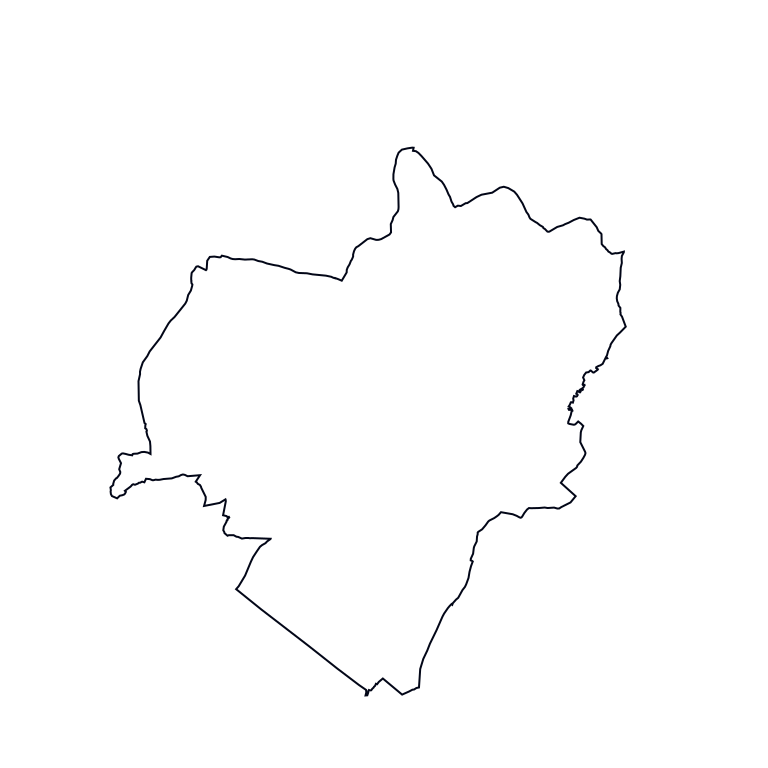 Rosiori, Bacau, Romania (Robinson projection), rotated 308°
{"feature_id": "2599482B59078130680921", "entity_name": "Rosiori", "entity_type": "district", "adm_level": 2, "iso_a3": "ROU", "parent_name": "Romania", "parent_adm1": "Bacau", "projection": "robinson", "projection_center": [27.105, 46.732], "detail": "fine", "context": "isolated", "style": "outline", "palette": "ink", "viewbox_px": 768, "rotation_deg": 308, "n_neighbors": 0, "source": "geoboundaries", "source_scale": "gbopen_adm2", "svg_char_len": 6166}
<svg xmlns="http://www.w3.org/2000/svg" viewBox="0 0 768 768"><g transform="rotate(308 384 384)"><path d="M636.0,491.5L631.4,488.1L630.1,486.7L629.7,485.9L627.1,483.8L626.7,483.0L626.8,481.0L626.5,479.3L627.0,477.8L627.1,475.8L627.7,474.3L627.8,473.6L627.7,472.0L628.3,469.4L635.9,463.2L636.2,462.7L636.6,458.6L638.5,455.1L640.8,445.6L640.7,445.3L638.5,442.7L637.7,440.2L635.4,435.7L630.1,432.6L624.7,430.2L621.5,428.3L619.2,427.3L614.4,423.8L605.9,420.5L605.0,419.6L604.7,418.8L605.2,415.4L605.0,413.7L605.6,412.5L605.1,409.0L605.2,405.4L604.9,403.9L604.3,397.7L604.8,396.2L606.4,393.4L607.2,390.4L611.6,382.0L615.0,372.3L615.8,368.2L614.9,361.3L613.2,357.0L610.0,354.4L601.4,351.5L593.2,344.3L588.2,341.8L577.9,338.3L576.7,337.0L571.6,335.0L570.0,332.4L567.1,331.2L567.2,329.1L568.1,327.9L569.3,324.9L572.1,320.8L573.1,318.2L575.7,313.5L577.9,308.7L579.1,304.9L579.2,295.0L582.8,288.9L584.8,282.9L586.7,273.3L587.3,268.9L587.1,265.8L585.6,263.3L588.4,261.9L587.7,260.8L584.1,257.4L579.7,253.8L575.3,253.1L572.0,254.0L568.1,255.4L564.8,257.6L561.2,259.0L555.1,262.3L551.3,265.2L550.2,266.3L548.0,270.0L545.9,274.5L543.4,277.6L532.5,286.5L530.6,287.8L528.6,288.6L521.4,288.6L518.4,289.9L514.2,290.9L507.8,296.2L505.2,296.3L496.5,292.6L494.3,291.0L492.7,289.0L490.5,283.5L487.9,281.7L476.8,278.9L474.7,278.0L472.8,278.0L470.2,278.6L466.9,280.0L465.6,281.1L464.4,281.5L461.9,282.1L460.7,282.1L457.0,283.2L453.5,283.6L451.0,284.4L448.9,285.9L439.4,287.1L438.4,283.3L437.5,280.5L437.3,280.6L436.5,278.6L436.0,276.4L433.6,271.5L426.4,260.2L423.8,255.1L419.1,248.6L417.7,245.7L416.7,239.9L416.0,237.9L414.4,234.2L412.2,228.1L410.1,224.3L406.9,217.6L405.4,212.8L403.5,209.2L402.2,205.1L401.1,203.3L396.4,197.8L393.4,193.0L390.7,189.9L389.3,187.8L388.5,185.8L387.8,182.6L385.3,177.2L383.3,177.2L382.4,176.2L380.0,171.9L376.9,168.5L372.3,168.8L366.0,173.1L364.8,173.7L364.1,173.6L362.3,165.0L361.0,163.9L360.0,163.9L356.9,164.3L354.2,164.0L353.0,164.1L349.1,166.6L347.1,168.2L346.7,168.8L346.3,168.9L344.8,170.4L344.5,171.7L343.3,172.4L338.7,174.3L333.6,174.9L328.2,177.3L325.0,177.9L307.9,177.7L302.7,176.9L299.1,176.9L290.4,178.1L283.1,179.3L267.4,179.3L265.4,179.3L260.3,180.3L252.6,180.6L246.1,182.9L243.4,184.2L241.6,185.7L235.1,188.8L219.9,201.1L217.4,205.0L205.8,219.3L205.7,220.9L204.6,221.3L202.1,223.1L202.2,224.4L201.5,225.6L201.1,226.0L200.2,226.1L197.5,229.4L194.6,235.0L191.3,238.1L185.1,243.1L184.6,240.2L182.9,236.9L181.0,234.8L177.4,232.6L174.9,229.7L174.0,229.1L172.8,229.5L171.0,226.3L169.8,223.4L168.6,221.0L167.7,220.2L164.0,219.4L162.7,219.8L161.8,221.0L159.7,225.5L153.8,227.8L152.3,230.4L150.9,231.2L148.4,231.4L145.6,231.4L144.9,231.0L141.8,230.8L138.6,232.1L137.8,232.8L134.1,232.1L132.2,234.1L130.9,234.8L129.1,236.6L128.2,238.6L129.6,244.1L133.3,244.6L135.3,246.3L137.0,247.3L138.2,247.4L140.1,247.0L140.3,245.6L147.3,247.5L149.5,247.6L150.6,248.1L151.3,249.8L154.0,251.4L155.2,251.6L156.1,252.6L158.1,253.5L159.0,255.7L162.8,254.8L164.9,258.1L165.6,260.7L166.3,261.6L168.0,262.9L169.2,264.8L170.4,266.2L173.4,268.8L179.0,274.9L182.9,277.3L184.9,279.1L187.1,280.0L188.6,281.0L189.1,281.6L189.8,283.1L190.4,286.0L198.9,295.2L191.1,295.8L191.2,297.1L190.7,298.7L191.1,301.1L190.4,303.0L189.7,303.9L185.3,313.0L182.8,314.9L177.1,317.3L189.1,327.7L195.5,330.1L195.2,330.6L194.1,331.6L181.5,338.0L183.0,341.3L182.7,342.6L183.8,343.5L183.5,344.2L180.8,343.9L180.5,344.4L178.9,344.3L178.5,344.7L173.0,345.6L169.8,347.4L169.0,349.3L168.3,350.1L168.1,354.1L169.3,354.8L172.3,358.6L172.8,361.7L173.7,363.2L174.7,367.2L177.2,369.5L179.2,372.0L179.8,373.1L181.7,375.4L192.2,389.9L191.9,390.0L188.0,388.8L185.6,388.6L182.0,387.1L179.4,386.5L174.1,386.8L167.0,387.4L162.1,388.5L147.5,392.5L135.2,394.0L131.3,393.8L130.8,426.0L131.2,486.5L131.0,522.7L131.4,549.7L131.9,558.2L130.1,559.9L127.2,561.2L128.4,562.5L131.3,561.5L132.3,560.7L133.6,560.5L133.9,561.6L134.8,562.5L136.6,562.4L138.5,562.7L139.3,562.5L140.6,562.8L142.8,562.2L143.2,563.4L146.0,563.3L151.2,564.4L150.4,589.5L157.2,593.1L160.6,594.6L161.8,595.8L164.4,596.7L166.4,598.4L181.7,588.0L191.6,584.2L200.6,582.2L207.6,580.1L222.2,577.0L236.7,573.3L240.1,572.7L246.8,572.3L249.7,572.4L252.2,572.7L252.1,573.7L253.7,573.2L258.5,573.5L261.2,574.1L270.0,572.7L273.9,572.7L276.7,572.1L283.2,570.0L288.7,567.0L294.1,564.7L298.8,563.2L298.8,562.2L298.4,560.9L299.7,560.0L305.1,558.7L310.1,555.7L311.6,555.1L317.0,554.0L321.1,551.2L323.3,550.3L324.6,549.3L325.5,549.3L329.9,550.8L335.1,551.0L339.8,550.8L341.3,551.1L346.2,553.4L349.4,554.4L351.4,554.9L355.0,555.1L360.6,565.6L361.8,569.7L362.3,572.9L362.8,574.1L363.7,574.5L364.8,574.5L368.8,574.0L373.2,574.0L375.5,574.6L376.7,576.4L381.7,582.5L385.6,586.7L387.0,589.3L391.3,594.1L392.6,597.3L393.8,598.7L396.2,599.5L405.5,603.9L413.6,604.1L415.0,584.2L422.5,584.0L426.6,584.3L436.2,587.1L437.7,587.1L438.8,586.5L444.0,587.0L448.5,586.6L452.0,586.0L453.6,585.3L454.4,584.2L459.0,574.5L467.0,568.9L469.0,568.0L473.6,566.9L474.0,563.7L474.0,560.1L470.1,559.6L469.1,559.0L468.6,558.4L466.7,554.7L466.4,553.4L467.6,552.5L474.3,550.4L477.9,548.7L478.9,549.0L479.5,548.0L477.5,545.7L477.9,544.8L479.5,546.2L480.2,546.3L480.3,544.9L479.9,543.4L482.0,543.2L484.6,542.5L484.9,542.7L485.6,544.3L487.9,543.4L488.9,542.1L491.5,541.1L492.3,543.1L493.1,543.6L494.6,543.4L494.9,542.8L494.7,541.5L497.5,540.7L497.8,541.4L497.8,542.7L498.1,543.6L499.0,543.6L499.1,542.3L499.6,541.9L500.7,542.1L501.2,543.9L501.8,544.2L502.1,544.1L502.2,542.8L504.2,543.3L505.3,542.9L506.5,542.9L506.8,542.5L505.7,541.2L505.9,540.8L508.8,539.8L510.3,539.6L511.7,536.9L514.4,536.2L517.5,536.2L519.3,537.9L521.7,538.3L521.9,538.6L521.8,541.7L522.2,542.3L526.7,543.6L527.3,543.5L527.2,541.3L527.9,540.9L530.2,541.9L531.9,543.0L534.5,543.9L540.7,542.6L541.2,543.8L541.8,544.1L542.2,542.3L543.8,542.1L548.0,540.3L553.1,539.1L554.4,538.4L555.9,538.1L565.6,537.6L569.8,538.3L578.0,539.2L583.6,530.1L584.4,527.5L585.8,526.6L586.2,525.9L589.5,523.4L590.2,520.6L591.5,519.3L592.8,516.8L594.8,514.7L596.7,513.4L599.9,512.1L603.7,511.5L607.6,509.1L610.2,506.4L614.4,503.9L621.3,499.0L625.8,496.9L629.0,494.1L631.4,492.6L635.4,491.9L636.0,491.5Z" fill="none" stroke="#020617" stroke-width="2"/></g></svg>